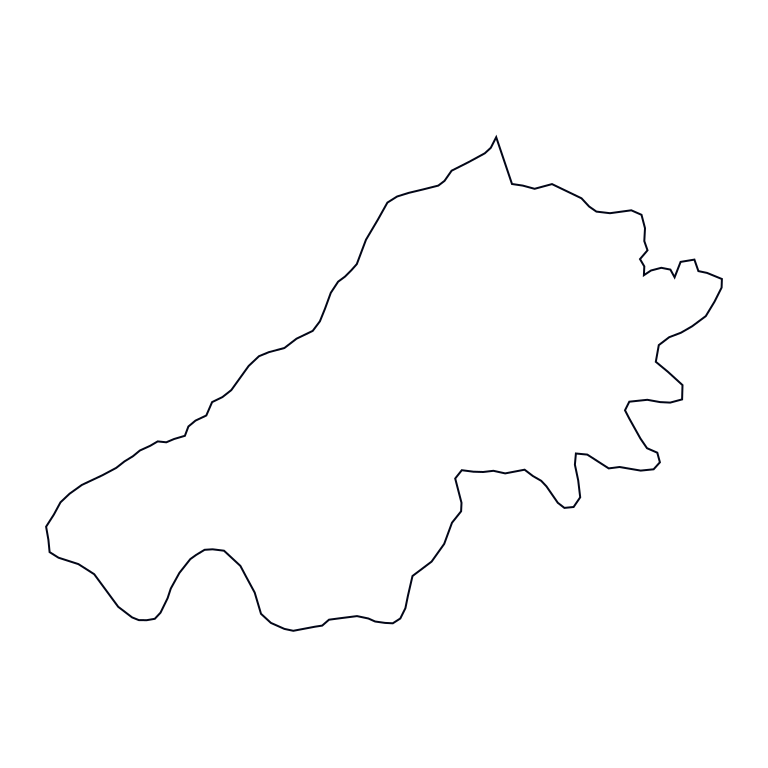 the district of Foz do Jordão, Paraná, Brazil
{"feature_id": "56859067B25360435846322", "entity_name": "Foz do Jordão", "entity_type": "district", "adm_level": 2, "iso_a3": "BRA", "parent_name": "Brazil", "parent_adm1": "Paraná", "projection": "robinson", "projection_center": [-52.087, -25.692], "detail": "fine", "context": "isolated", "style": "outline", "palette": "ink", "viewbox_px": 768, "rotation_deg": 0, "n_neighbors": 0, "source": "geoboundaries", "source_scale": "gbopen_adm2", "svg_char_len": 2047}
<svg xmlns="http://www.w3.org/2000/svg" viewBox="0 0 768 768"><path d="M46.1,526.7L48.4,539.8L49.6,552.1L58.5,557.7L78.4,564.1L94.2,574.2L118.2,606.8L132.1,617.4L138.8,620.1L146.7,620.2L154.8,618.8L160.5,612.7L167.6,598.2L170.8,588.5L179.4,572.9L190.3,559.1L196.3,554.8L204.6,549.8L212.6,549.3L224.0,550.7L240.4,565.9L246.0,576.5L254.7,592.6L261.0,613.8L270.9,622.9L284.4,628.9L293.3,630.8L315.0,626.7L322.2,625.6L329.0,619.7L339.6,618.3L357.0,616.1L368.4,618.5L375.1,621.5L385.0,622.9L392.8,623.3L400.3,618.5L405.4,608.2L407.9,595.9L412.5,576.0L431.6,561.6L444.2,543.9L452.0,522.7L461.1,511.3L461.5,502.8L455.2,478.5L461.8,470.2L473.4,471.7L483.2,472.0L493.4,470.8L505.2,473.4L524.6,469.7L533.0,476.1L541.2,480.8L546.4,486.3L557.8,502.8L564.4,507.9L573.6,507.0L580.2,497.3L578.2,480.4L574.9,464.7L575.9,453.5L587.3,454.6L608.7,468.4L619.5,467.0L640.7,470.6L653.6,469.3L659.9,462.3L657.3,452.7L647.0,448.2L640.4,438.5L629.3,418.6L625.0,410.3L629.3,401.7L647.3,399.8L660.1,402.1L670.2,402.6L682.1,399.4L682.5,385.1L667.9,371.8L655.8,361.8L658.8,345.1L669.2,337.2L681.0,332.7L692.1,326.3L705.8,316.1L714.5,301.7L721.6,287.6L721.9,279.0L707.0,272.9L698.4,271.1L694.4,259.6L680.6,261.9L674.6,277.3L670.4,269.6L661.3,267.8L651.0,270.5L643.9,275.2L644.3,266.4L640.0,259.1L647.5,250.3L644.3,241.1L645.0,228.2L641.5,214.8L631.3,210.3L610.0,213.2L596.4,211.6L589.1,206.5L581.5,198.3L552.0,184.1L534.6,188.8L522.8,185.6L512.0,184.0L496.2,137.2L490.8,147.8L484.8,153.3L468.6,162.1L451.6,170.7L444.5,180.9L438.3,185.6L422.8,189.5L408.6,192.9L397.1,196.5L387.4,202.6L377.9,219.6L366.0,239.7L356.8,264.1L351.4,270.2L345.0,276.6L338.1,281.7L330.8,292.8L325.0,308.7L319.9,321.3L312.7,330.9L296.5,338.7L284.4,348.0L269.0,352.1L259.0,356.2L248.7,365.9L231.3,390.1L222.4,397.1L212.1,402.1L206.3,415.5L195.5,420.6L188.4,426.5L184.9,435.8L174.1,439.0L166.3,442.3L157.7,441.4L150.2,445.8L139.9,450.5L133.1,456.1L124.5,461.4L116.2,467.9L102.5,475.2L88.7,481.7L81.9,484.9L69.6,493.7L60.5,502.3L53.9,514.5L46.1,526.7Z" fill="none" stroke="#020617" stroke-width="2"/></svg>